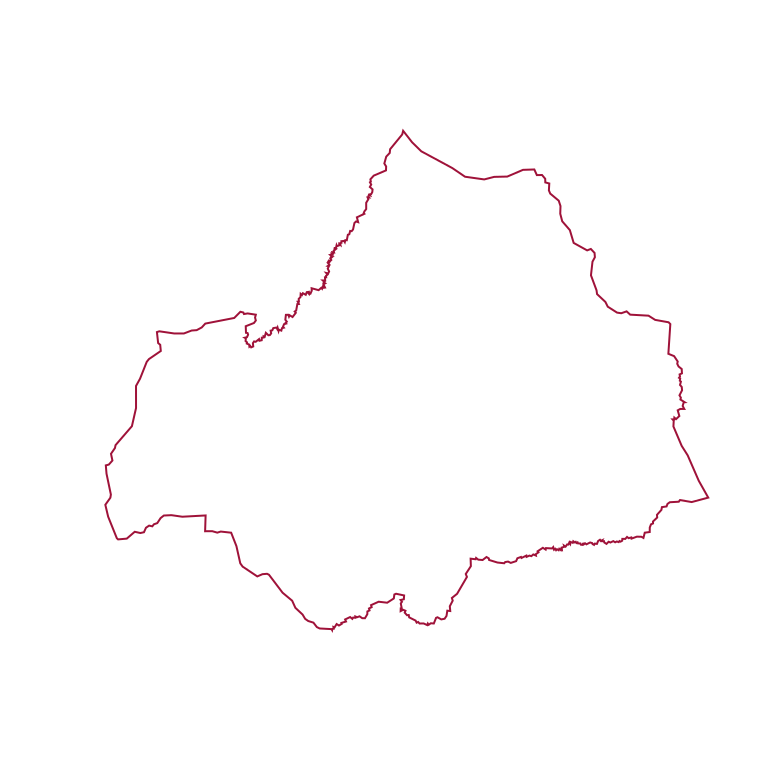 outline of Nong Bua, Nakhon Sawan, Thailand, rotated 349°
{"feature_id": "78962969B24099106411844", "entity_name": "Nong Bua", "entity_type": "district", "adm_level": 2, "iso_a3": "THA", "parent_name": "Thailand", "parent_adm1": "Nakhon Sawan", "projection": "natural_earth1", "projection_center": [100.631, 15.883], "detail": "fine", "context": "isolated", "style": "outline", "palette": "rose", "viewbox_px": 768, "rotation_deg": 349, "n_neighbors": 0, "source": "geoboundaries", "source_scale": "gbopen_adm2", "svg_char_len": 6145}
<svg xmlns="http://www.w3.org/2000/svg" viewBox="0 0 768 768"><g transform="rotate(349 384 384)"><path d="M171.0,289.7L170.1,300.7L171.8,302.8L171.2,309.0L158.0,314.7L155.3,317.0L145.5,332.3L140.2,338.6L136.0,360.3L128.5,377.3L108.8,392.8L107.7,395.5L102.7,400.4L102.8,407.3L98.5,410.6L95.4,410.8L94.5,419.1L94.8,440.4L93.7,443.4L87.4,449.4L87.9,461.6L92.3,484.4L93.3,485.8L102.0,486.7L111.1,481.5L116.4,483.8L120.1,483.7L122.9,479.7L126.4,478.2L129.4,479.5L131.4,477.8L134.9,477.3L139.1,473.0L142.8,471.1L150.3,472.2L160.7,475.8L183.8,479.0L180.3,494.4L187.3,495.7L192.0,498.1L195.6,497.7L205.6,500.8L208.2,515.0L208.7,532.6L210.4,536.3L222.9,548.7L228.4,547.5L233.0,548.0L234.7,549.3L244.6,569.5L252.5,579.2L254.3,586.8L260.1,594.8L261.8,599.5L264.4,602.2L269.2,604.8L271.7,609.8L274.2,611.7L285.7,614.6L286.1,615.7L286.5,614.6L288.0,614.6L288.0,612.8L289.1,613.4L291.7,610.6L293.7,612.5L296.7,611.4L296.6,610.4L301.4,609.9L300.9,607.7L306.3,606.3L308.1,608.5L309.1,607.4L311.3,608.0L311.5,606.7L313.1,607.8L315.7,607.4L317.9,609.7L320.6,610.3L323.7,606.8L324.3,604.1L326.6,603.5L326.4,601.5L329.3,600.7L329.1,598.6L337.2,596.7L345.4,599.3L352.7,596.4L354.0,592.6L355.8,592.2L363.4,595.4L362.4,599.1L359.1,599.2L360.1,601.2L358.6,602.6L358.6,607.7L357.6,607.5L357.0,610.1L359.7,609.3L361.8,610.7L360.7,612.4L362.5,615.4L364.2,615.5L364.2,617.9L369.9,622.3L370.5,624.5L372.1,624.1L373.2,625.9L377.2,626.6L380.4,628.9L381.3,627.5L381.9,628.9L384.3,627.8L387.2,628.6L390.5,623.5L392.0,623.2L395.3,626.0L398.7,626.0L401.1,623.6L402.9,618.6L405.7,619.5L406.2,614.7L410.1,609.8L409.8,607.0L415.7,603.9L428.6,589.2L428.0,586.1L434.5,579.4L435.7,572.0L440.5,573.5L441.2,572.3L443.0,574.4L447.2,575.6L451.6,573.4L453.6,575.2L453.6,576.8L461.3,580.9L467.8,582.9L469.0,581.9L471.9,582.0L474.3,583.8L479.9,583.1L481.7,580.5L485.5,579.9L485.8,581.0L491.0,579.6L491.0,580.9L494.0,580.2L495.8,581.1L498.0,579.8L500.4,581.4L500.4,580.1L503.5,578.7L502.9,577.5L508.7,575.1L511.1,577.4L511.7,576.0L517.6,577.5L519.0,576.4L519.3,579.1L520.6,578.4L521.2,580.0L522.3,579.2L523.7,580.5L524.6,579.2L525.9,580.8L526.3,579.9L527.0,580.6L527.2,578.5L530.0,578.2L529.9,577.0L531.2,578.3L533.2,576.4L534.4,576.8L535.7,574.9L536.3,576.4L536.9,574.6L539.0,575.9L539.8,574.5L541.0,575.9L542.1,575.5L542.6,576.8L543.8,576.4L544.0,577.5L546.3,578.0L546.6,579.3L548.5,579.9L549.4,579.6L549.1,578.7L551.0,578.7L552.1,580.0L556.1,578.9L558.0,579.9L558.4,581.8L558.5,580.9L559.5,582.0L560.5,580.9L562.5,581.6L564.2,579.0L566.3,578.1L567.0,579.3L568.3,579.0L567.6,579.8L570.0,580.3L570.0,581.6L571.9,583.4L574.4,581.7L576.0,582.8L579.1,582.0L580.7,583.5L582.5,583.0L584.2,584.0L585.2,583.1L586.1,583.9L587.9,583.3L588.4,581.5L591.3,582.1L593.4,580.5L594.7,582.0L597.5,581.8L597.5,583.0L603.1,582.1L607.6,583.1L609.3,584.6L611.6,579.7L616.6,580.0L617.5,575.6L619.3,572.7L621.5,572.2L621.8,570.3L626.7,567.2L627.0,564.5L632.3,560.5L633.3,557.9L638.0,558.1L639.4,555.8L642.0,554.6L650.9,555.8L652.4,554.4L663.5,558.6L680.6,557.4L674.5,539.0L668.5,512.0L664.4,501.5L660.0,480.9L661.4,475.3L660.5,473.8L662.1,474.1L662.6,472.4L664.0,474.2L667.8,471.8L667.3,465.9L670.1,465.0L674.0,465.8L673.0,462.5L674.7,459.2L675.7,459.3L672.0,455.8L672.8,454.1L671.9,451.5L675.4,447.0L675.7,443.7L674.4,441.4L675.9,438.3L675.0,437.2L675.8,435.1L674.8,434.2L676.0,433.1L676.0,431.0L678.5,430.4L679.1,426.1L676.5,423.0L675.7,420.1L676.6,418.0L674.1,412.0L668.9,408.6L676.5,379.8L675.1,377.7L662.4,372.8L656.7,367.4L638.9,362.9L636.0,359.0L630.4,359.8L626.4,358.4L618.4,350.8L617.0,345.7L610.3,336.4L610.5,332.6L607.9,316.8L612.0,303.7L615.2,299.8L615.7,295.5L612.8,290.9L608.9,291.6L597.1,281.7L595.8,268.4L590.0,258.3L589.5,250.5L591.2,243.0L590.5,237.4L583.5,228.8L582.8,225.4L584.5,218.7L580.8,216.9L581.4,213.3L579.0,209.0L573.9,208.1L572.5,202.1L561.3,200.3L544.6,203.9L531.7,201.7L521.4,202.3L503.1,196.0L492.3,185.1L465.0,162.7L457.7,152.1L451.1,139.1L449.5,142.5L434.8,154.7L433.7,158.3L429.6,161.2L426.4,167.6L427.6,170.9L426.7,174.7L413.7,177.5L409.7,180.5L409.7,182.8L408.7,183.3L409.5,185.8L407.7,187.9L409.9,190.8L409.1,193.4L407.7,195.1L406.1,195.1L406.4,196.3L405.2,195.6L404.3,197.1L404.9,198.1L403.5,197.8L403.9,199.6L401.1,202.7L399.9,208.9L397.7,210.8L396.6,212.5L397.1,213.2L389.2,215.2L389.5,220.2L387.6,219.1L385.7,220.3L383.1,226.4L381.4,227.8L380.0,227.3L378.5,230.4L377.0,230.6L374.9,235.8L373.5,235.4L372.6,237.3L372.1,235.9L369.4,235.7L369.2,237.3L367.8,237.4L367.8,239.2L366.8,238.0L366.5,239.3L364.1,239.8L363.9,238.8L362.8,241.3L361.5,241.1L361.2,241.9L362.4,242.4L360.0,243.7L360.1,245.4L358.5,244.8L358.7,246.1L357.5,245.9L358.0,247.3L355.9,247.1L356.9,248.5L356.0,249.5L357.0,249.6L355.3,250.6L355.9,252.2L354.4,253.2L353.5,252.3L352.6,253.2L353.1,254.2L352.0,254.4L353.2,256.6L351.4,257.4L352.4,257.8L350.8,260.0L351.6,263.1L350.3,264.8L348.5,264.0L349.5,265.8L347.7,266.8L347.6,268.2L346.4,268.0L346.0,271.2L343.7,270.7L345.0,272.5L344.1,273.2L345.3,274.0L343.6,274.6L344.5,278.1L342.7,278.0L342.6,276.7L341.4,278.7L340.8,277.6L337.7,279.4L331.2,276.2L330.9,278.6L329.1,281.2L328.3,280.5L327.7,281.5L327.0,280.2L327.6,279.2L325.7,279.1L324.2,281.5L321.7,279.4L320.5,281.0L319.4,279.6L318.6,282.7L316.5,284.2L316.2,286.8L315.0,286.7L315.7,289.2L314.2,289.0L311.8,295.1L310.2,295.8L311.0,297.3L307.0,300.8L304.5,298.5L303.6,299.7L303.3,297.8L300.9,297.4L299.4,302.1L300.5,304.3L299.1,305.2L299.5,306.0L297.3,306.2L295.8,308.5L296.4,309.6L294.5,309.7L293.4,312.0L291.2,310.6L290.6,311.8L290.3,308.3L289.6,309.4L289.2,308.1L286.0,308.0L284.6,310.0L282.9,310.0L282.9,312.8L281.3,314.2L279.8,314.1L277.8,311.2L275.9,314.9L274.9,314.2L274.7,315.4L272.9,315.2L272.3,317.7L270.0,317.8L269.9,316.1L266.1,318.1L264.6,317.4L263.1,318.9L262.8,322.2L260.6,322.7L260.0,321.2L259.0,321.7L259.2,319.6L257.0,318.1L257.5,317.0L256.3,315.4L257.1,312.9L256.1,312.0L258.4,311.9L260.0,309.7L259.8,308.0L258.3,307.4L259.3,300.9L268.0,299.3L270.3,297.2L270.1,294.2L271.4,291.5L263.6,288.7L259.9,288.6L259.6,287.0L256.8,285.7L249.6,290.6L220.1,290.6L215.9,293.7L210.4,295.4L205.4,294.8L197.3,296.2L187.8,294.4L173.5,289.4L171.0,289.7Z" fill="none" stroke="#9f1239" stroke-width="2"/></g></svg>